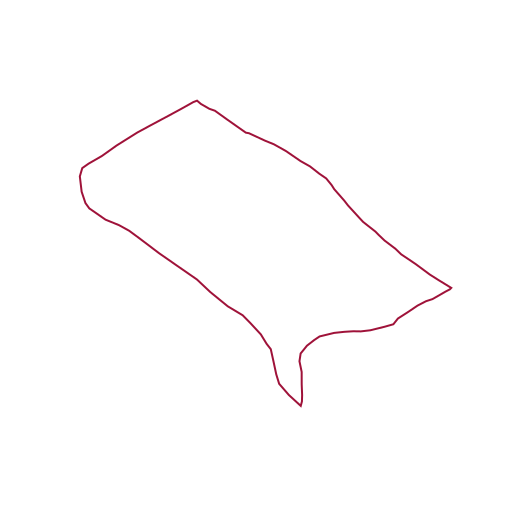 Forpoh, Grand Kru, Liberia, rotated 291°
{"feature_id": "62588387B83711466952292", "entity_name": "Forpoh", "entity_type": "district", "adm_level": 2, "iso_a3": "LBR", "parent_name": "Liberia", "parent_adm1": "Grand Kru", "projection": "equal_earth", "projection_center": [-8.241, 5.11], "detail": "fine", "context": "isolated", "style": "outline", "palette": "rose", "viewbox_px": 512, "rotation_deg": 291, "n_neighbors": 0, "source": "geoboundaries", "source_scale": "gbopen_adm2", "svg_char_len": 1274}
<svg xmlns="http://www.w3.org/2000/svg" viewBox="0 0 512 512"><g transform="rotate(291 256 256)"><path d="M132.1,351.5L136.7,351.0L142.7,348.9L152.7,344.6L164.1,340.2L173.3,334.3L181.0,332.6L185.2,334.0L190.5,335.7L198.3,340.4L203.7,344.2L207.7,350.0L212.2,356.5L216.8,365.5L217.5,367.0L220.6,373.8L223.2,380.9L227.6,389.3L236.1,401.5L241.5,408.7L248.5,410.9L257.6,417.6L267.6,424.6L274.7,430.9L279.0,436.2L290.8,445.8L294.3,448.9L296.2,449.7L298.9,435.2L301.0,424.8L305.7,407.9L309.6,390.9L312.7,383.6L316.5,370.5L319.7,362.8L321.6,358.7L324.8,348.3L326.2,343.8L328.9,338.3L336.2,323.7L339.3,318.6L346.4,305.1L349.3,301.2L353.6,293.7L355.5,285.7L359.0,274.3L360.6,263.5L363.1,253.1L364.7,246.4L366.7,232.7L366.9,223.1L367.6,212.8L368.1,205.4L367.5,202.3L373.2,179.7L376.9,165.6L376.7,159.7L378.2,150.1L379.9,145.3L377.2,142.3L365.9,132.9L359.6,127.5L358.3,126.4L339.8,110.4L328.8,101.0L309.1,86.2L294.3,76.4L282.2,66.6L275.8,62.3L267.2,63.0L253.5,70.2L244.3,77.8L240.7,83.3L236.0,102.5L235.7,117.1L234.1,128.6L230.3,142.3L223.9,164.4L218.8,185.1L212.9,209.3L205.9,226.4L198.9,247.7L195.9,264.8L191.3,274.9L184.5,288.7L183.4,290.1L177.8,297.4L174.3,303.2L164.0,310.0L152.8,317.3L145.0,323.4L138.0,336.5L132.1,351.5Z" fill="none" stroke="#9f1239" stroke-width="2"/></g></svg>